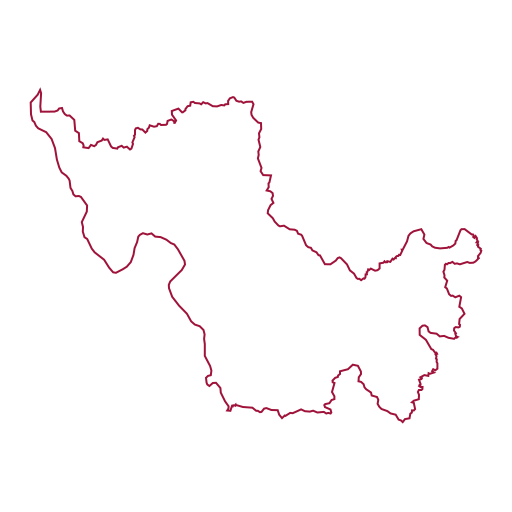 outline of Mae Sariang, Mae Hong Son, Thailand
{"feature_id": "78962969B31524896745165", "entity_name": "Mae Sariang", "entity_type": "district", "adm_level": 2, "iso_a3": "THA", "parent_name": "Thailand", "parent_adm1": "Mae Hong Son", "projection": "mercator", "projection_center": [97.922, 18.297], "detail": "fine", "context": "isolated", "style": "outline", "palette": "rose", "viewbox_px": 512, "rotation_deg": 0, "n_neighbors": 0, "source": "geoboundaries", "source_scale": "gbopen_adm2", "svg_char_len": 6054}
<svg xmlns="http://www.w3.org/2000/svg" viewBox="0 0 512 512"><path d="M461.1,297.2L459.3,295.7L455.3,297.3L452.6,295.6L451.1,295.9L449.1,294.2L446.9,288.5L445.2,287.2L447.2,280.7L444.3,277.5L444.5,275.2L443.4,271.7L444.5,269.7L444.9,264.8L445.9,263.8L447.0,264.3L448.6,263.0L450.1,263.1L452.4,261.9L454.7,263.8L457.0,263.4L459.9,264.3L467.2,262.0L469.7,262.9L473.3,262.7L475.4,261.5L477.9,259.1L478.0,257.7L478.6,257.8L478.0,256.1L480.6,252.9L481.3,250.7L480.4,249.9L480.8,248.8L478.0,246.7L478.2,244.8L477.3,244.8L478.0,242.2L476.7,242.2L477.6,240.8L476.6,239.0L477.0,238.2L475.6,236.1L474.4,237.9L473.2,236.9L473.8,235.8L473.1,234.5L471.6,234.4L464.6,229.1L461.5,229.2L460.5,230.2L456.5,240.3L455.7,240.8L455.3,243.6L453.1,245.6L449.5,247.6L448.7,247.0L447.2,247.8L440.0,248.4L434.9,247.7L432.1,246.3L430.7,244.6L426.5,243.0L423.4,238.9L424.4,234.6L421.3,229.2L413.6,231.3L410.4,233.4L408.5,235.8L407.0,241.4L402.7,249.7L401.8,249.7L402.2,250.8L400.2,255.0L399.0,254.8L398.4,255.9L396.8,256.1L395.8,257.0L395.8,258.2L394.8,258.1L393.6,259.5L392.5,258.7L390.3,261.9L387.3,261.2L387.1,262.2L385.5,262.3L384.5,261.3L383.5,262.7L379.6,263.4L379.6,268.5L377.5,270.2L375.1,270.7L370.8,268.6L369.2,270.0L368.2,269.4L367.4,271.9L366.7,272.2L366.9,274.3L365.6,274.4L365.4,277.4L364.5,278.7L363.5,278.4L361.1,280.2L359.4,278.8L357.8,278.9L356.5,278.0L354.0,273.6L349.9,270.4L347.0,264.4L341.0,258.2L339.5,257.4L337.7,258.1L335.8,260.6L330.4,264.3L324.9,264.2L320.0,255.4L318.5,255.2L316.5,252.3L312.4,250.4L310.9,247.8L308.3,247.2L306.1,245.3L302.1,235.8L301.2,234.7L298.1,233.7L296.9,230.8L294.6,229.7L289.7,229.3L284.0,225.7L280.0,226.3L278.4,225.5L274.7,221.6L272.8,218.2L267.7,213.3L268.1,210.1L270.6,205.1L273.4,202.9L271.5,198.9L273.0,195.9L272.6,193.1L270.4,191.3L266.7,190.5L268.7,187.2L268.5,183.4L269.4,182.4L271.0,175.4L263.2,175.1L260.6,171.2L261.5,167.9L257.9,158.4L258.7,154.9L258.3,151.5L260.3,147.0L258.5,139.7L259.4,137.3L259.0,133.3L261.2,129.0L261.0,123.1L258.2,122.6L253.2,117.8L251.5,114.8L251.2,112.1L253.5,104.2L252.1,101.7L246.4,101.8L243.4,102.9L241.1,101.4L239.1,101.7L236.4,100.8L234.3,97.6L233.0,97.1L229.9,98.3L228.1,100.9L228.2,104.1L225.2,104.3L224.3,105.4L221.2,105.0L217.1,106.4L212.8,106.2L207.5,103.1L205.7,103.4L203.2,102.2L201.2,104.3L199.6,103.4L194.9,103.0L193.3,101.8L190.7,102.3L190.2,105.7L187.6,106.2L185.4,109.1L185.4,110.3L182.8,112.3L182.0,112.3L178.4,108.6L171.8,111.0L172.0,114.7L176.1,120.5L174.8,122.9L174.3,122.9L174.1,121.2L171.3,119.5L167.6,120.9L167.0,124.0L166.0,124.8L161.0,125.0L159.8,123.9L158.2,123.8L156.8,126.2L154.0,126.7L149.7,125.3L148.9,127.7L147.4,129.1L147.2,131.0L145.4,132.6L142.3,129.5L140.4,129.4L137.9,127.8L135.8,128.4L135.0,130.1L135.0,134.7L134.0,135.8L134.6,137.1L132.4,142.4L133.0,143.9L131.4,148.6L130.0,149.5L126.9,146.7L123.7,147.6L121.7,145.8L117.9,147.3L117.3,148.6L112.7,147.9L111.1,146.5L107.7,139.4L104.3,139.9L103.0,138.6L101.7,140.6L97.4,142.2L96.0,144.9L94.2,146.2L91.0,144.9L88.6,148.1L83.3,147.3L83.6,145.3L82.7,143.2L79.3,141.2L78.9,133.1L75.2,130.7L74.3,119.9L69.6,115.5L66.9,115.6L64.8,114.1L63.0,111.4L62.0,108.0L59.1,108.5L57.6,110.5L54.5,111.6L40.9,111.7L40.3,106.6L41.1,93.2L40.1,89.9L37.7,94.7L30.7,102.5L31.0,114.3L32.5,120.5L34.3,122.0L35.9,125.7L38.2,128.3L46.2,132.2L51.6,139.0L55.0,148.1L56.9,159.6L59.3,167.6L61.7,172.4L66.4,175.8L68.7,178.7L69.6,180.6L70.5,187.9L72.4,191.0L73.4,194.4L75.6,196.3L78.8,196.0L80.9,196.9L87.1,205.5L86.8,211.6L81.8,222.1L83.0,227.0L82.8,231.6L84.5,237.2L87.2,239.0L91.8,248.7L94.7,252.4L104.1,259.7L109.1,267.6L113.1,272.3L115.9,272.8L122.7,269.3L126.8,266.7L130.8,262.1L133.5,254.8L134.6,248.1L137.1,242.1L138.3,236.6L139.8,234.9L142.9,233.2L147.3,234.5L151.5,233.4L155.2,236.6L160.6,237.1L166.4,239.7L170.9,243.1L174.3,244.5L178.0,249.4L184.5,260.9L185.0,264.5L181.8,270.0L170.2,281.5L168.8,284.9L169.0,288.2L172.2,296.8L179.0,305.6L186.9,313.7L191.2,321.4L194.9,324.6L199.7,326.2L203.5,330.0L204.6,334.4L204.1,338.9L204.8,344.0L204.8,355.9L210.1,366.0L211.4,370.6L210.8,375.2L208.0,375.9L206.0,377.8L206.6,382.8L207.3,384.5L209.4,386.0L212.8,383.0L216.0,382.8L220.4,388.0L220.8,392.7L225.1,401.4L228.6,406.3L228.5,408.4L227.2,410.5L230.4,410.8L232.0,405.9L232.8,406.3L233.2,405.3L234.7,405.5L235.6,404.6L235.8,405.5L236.4,405.1L242.9,407.0L252.4,407.7L256.2,410.8L257.8,410.8L260.0,412.2L261.5,411.9L264.1,408.6L266.4,408.1L271.4,410.0L277.7,410.2L279.2,414.7L282.0,418.1L284.8,415.5L285.4,415.9L290.2,412.9L292.7,413.2L301.1,409.4L304.9,411.2L309.8,411.6L313.1,410.7L317.4,412.5L323.8,411.9L326.3,413.5L328.2,412.9L330.6,413.5L331.3,412.5L330.5,409.5L325.0,407.1L324.3,405.1L325.2,404.1L329.4,403.2L331.6,400.0L334.4,399.1L334.4,396.3L332.0,392.0L334.5,383.0L332.7,382.3L332.5,380.6L335.2,377.8L337.8,377.0L338.1,375.5L340.0,374.0L340.0,371.3L348.0,369.2L352.8,364.7L357.9,365.8L360.9,371.5L361.0,374.1L358.8,377.2L358.5,381.3L361.1,381.9L363.6,384.2L364.5,387.3L366.1,389.2L371.0,392.5L371.7,395.5L377.0,397.0L378.3,399.8L377.6,403.8L379.3,406.8L381.5,409.0L387.4,411.1L390.5,413.4L395.7,414.7L398.6,419.6L401.1,420.5L402.7,422.1L405.0,419.1L409.5,418.3L410.3,413.7L411.8,412.6L412.0,410.4L413.8,410.5L415.1,409.1L413.8,402.9L412.0,402.3L413.8,400.7L418.8,399.2L419.0,394.8L417.9,392.0L418.9,390.0L421.4,390.0L422.4,389.1L422.5,387.0L420.6,387.1L419.5,386.3L420.3,385.9L419.5,385.1L420.6,384.1L419.0,379.7L421.4,379.1L421.9,378.2L420.5,377.2L424.4,375.1L428.3,375.9L428.6,373.2L429.9,373.8L434.0,372.5L432.1,371.2L433.2,369.2L435.3,370.3L437.4,368.7L437.4,363.3L436.6,361.9L436.8,359.3L436.0,358.6L436.5,356.1L435.6,354.5L437.1,353.9L436.4,352.6L435.2,352.8L433.0,349.8L431.3,349.1L425.9,339.8L419.7,334.9L419.6,328.4L422.5,325.7L424.9,325.4L427.5,327.1L428.6,331.4L430.6,332.9L436.6,333.7L439.8,336.4L444.1,335.9L448.5,337.8L454.1,338.8L456.1,337.0L457.2,338.3L456.9,337.2L457.5,336.9L456.1,336.3L455.3,333.7L455.9,333.3L454.0,330.5L454.2,328.2L455.6,327.1L458.6,327.4L459.8,326.7L460.0,324.8L459.1,324.0L459.6,319.0L464.5,313.8L461.8,308.4L459.3,306.8L461.1,297.2Z" fill="none" stroke="#9f1239" stroke-width="2"/></svg>